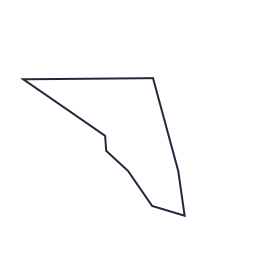 map outline of Plaisance (Robinson projection), rotated 141°
{"feature_id": "SYC-5216", "entity_name": "Plaisance", "entity_type": "state/province", "adm_level": 1, "iso_a3": "SYC", "parent_name": "Seychelles", "parent_adm1": "", "projection": "robinson", "projection_center": [55.472, -4.654], "detail": "fine", "context": "isolated", "style": "outline", "palette": "slate", "viewbox_px": 256, "rotation_deg": 141, "n_neighbors": 0, "source": "natural_earth", "source_scale": "10m", "svg_char_len": 291}
<svg xmlns="http://www.w3.org/2000/svg" viewBox="0 0 256 256"><g transform="rotate(141 128 128)"><path d="M139.2,24.2L158.3,52.2L155.0,94.6L159.3,124.0L150.7,136.3L167.3,192.9L178.8,231.8L77.2,151.0L103.1,92.2L116.1,62.8L139.2,24.2Z" fill="none" stroke="#1e293b" stroke-width="2"/></g></svg>